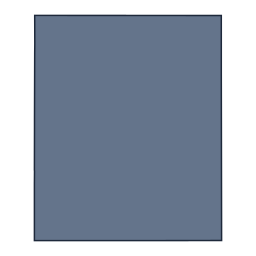 outline of Rock, Minnesota, United States of America
{"feature_id": "52423323B22497914926467", "entity_name": "Rock", "entity_type": "district", "adm_level": 2, "iso_a3": "USA", "parent_name": "United States of America", "parent_adm1": "Minnesota", "projection": "orthographic", "projection_center": [-96.325, 43.675], "detail": "fine", "context": "isolated", "style": "filled", "palette": "slate", "viewbox_px": 256, "rotation_deg": 0, "n_neighbors": 0, "source": "geoboundaries", "source_scale": "gbopen_adm2", "svg_char_len": 340}
<svg xmlns="http://www.w3.org/2000/svg" viewBox="0 0 256 256"><path d="M34.7,15.4L34.8,44.0L34.7,52.8L34.5,118.5L34.5,127.9L34.4,169.9L34.5,171.4L34.4,183.9L34.4,184.7L34.4,240.6L82.2,240.6L91.1,240.6L148.8,240.6L153.5,240.6L221.6,240.5L221.3,72.3L221.3,15.5L215.5,15.5L34.7,15.4Z" fill="#64748b" stroke="#1e293b" stroke-width="1.5"/></svg>